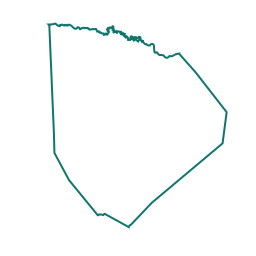 Lunga, Luapula, Zambia (Albers equal-area conic projection), rotated 100°
{"feature_id": "96606910B4218134786212", "entity_name": "Lunga", "entity_type": "district", "adm_level": 2, "iso_a3": "ZMB", "parent_name": "Zambia", "parent_adm1": "Luapula", "projection": "albers", "projection_center": [29.85, -11.571], "detail": "fine", "context": "isolated", "style": "outline", "palette": "teal", "viewbox_px": 256, "rotation_deg": 100, "n_neighbors": 0, "source": "geoboundaries", "source_scale": "gbopen_adm2", "svg_char_len": 5227}
<svg xmlns="http://www.w3.org/2000/svg" viewBox="0 0 256 256"><g transform="rotate(100 128 128)"><path d="M48.0,95.2L49.3,96.5L49.5,96.8L49.8,97.9L50.0,99.7L51.4,100.7L51.9,101.4L52.2,102.4L51.9,103.5L51.3,104.5L50.4,105.5L50.2,107.5L50.7,109.4L50.2,110.8L49.6,111.5L48.5,112.6L48.6,113.5L49.1,114.1L48.9,114.8L47.9,115.4L44.9,116.2L43.6,116.4L42.6,116.8L41.8,117.1L41.1,117.9L41.0,118.4L41.0,119.2L41.6,120.0L42.0,120.3L42.5,120.6L42.9,120.8L43.2,122.3L42.9,123.6L42.5,124.0L42.3,124.5L42.4,125.2L42.3,125.8L42.1,126.4L41.8,126.8L41.2,127.4L41.0,127.7L40.8,128.1L40.8,129.4L40.5,129.6L40.2,129.5L40.0,128.7L39.8,128.4L39.6,128.4L39.6,128.9L39.6,129.8L39.3,130.4L38.9,130.7L38.6,131.1L38.4,131.3L37.9,131.4L37.6,131.2L37.1,131.3L36.7,131.6L36.4,131.9L36.2,132.3L36.2,132.6L36.3,132.9L36.4,133.1L36.7,133.0L37.4,132.6L38.0,132.4L38.6,132.3L38.9,132.2L39.2,131.9L39.3,131.9L39.5,132.0L39.8,132.7L40.4,132.9L41.0,133.0L40.9,133.3L40.7,133.8L40.1,134.7L39.7,135.2L38.9,135.8L38.6,135.8L38.3,135.6L37.9,134.6L37.7,134.6L37.5,134.9L37.3,135.2L37.2,135.6L37.2,136.4L37.3,137.2L37.4,137.6L37.6,137.8L39.1,138.1L39.2,137.9L39.2,137.5L39.4,137.0L39.6,136.8L40.1,136.8L40.5,136.9L40.8,137.2L40.9,137.5L40.6,137.8L40.0,138.2L39.0,138.5L37.7,139.2L37.5,139.5L37.2,140.1L37.2,140.5L37.2,140.8L37.4,141.0L38.0,141.3L38.5,141.2L38.9,139.8L39.1,139.5L39.3,139.5L39.7,139.9L40.4,140.8L41.0,141.2L41.0,141.5L40.4,142.0L40.4,142.3L40.5,142.5L41.0,142.7L41.3,143.0L41.2,143.4L40.9,143.5L40.2,143.4L39.6,143.4L38.9,144.0L37.8,145.5L37.7,145.8L37.8,146.0L38.2,146.0L38.7,145.9L39.0,145.7L39.3,145.7L39.4,146.0L38.2,147.2L38.1,147.4L38.0,148.0L37.8,148.2L37.1,148.1L36.6,147.8L36.2,147.6L35.9,147.5L35.9,148.0L36.3,148.7L36.5,149.1L36.5,149.3L36.4,149.5L36.1,149.5L35.8,149.5L35.6,149.5L35.7,149.9L36.6,149.9L36.9,150.0L37.0,150.3L36.9,150.9L36.9,151.2L36.7,151.4L36.4,151.5L36.2,151.8L35.7,152.2L35.4,152.0L35.4,151.4L35.3,151.0L35.0,150.9L34.8,151.1L34.6,151.3L34.5,151.6L34.5,151.9L34.5,153.3L34.7,154.6L34.6,155.1L34.7,155.3L35.3,155.4L36.0,155.3L36.3,155.5L36.2,155.7L35.9,156.0L35.5,156.0L34.8,156.2L35.1,156.6L35.5,157.0L35.3,157.4L35.0,157.5L34.9,157.6L35.1,157.7L35.1,157.8L35.6,158.0L36.3,158.4L36.4,158.6L36.3,158.9L36.0,159.0L35.2,159.1L34.9,159.3L34.7,159.3L34.5,159.1L34.5,158.9L34.3,158.7L34.1,159.0L33.9,159.4L33.9,160.1L33.5,160.0L33.0,159.5L32.8,159.4L32.5,159.5L32.2,160.1L32.2,160.4L32.4,160.6L32.7,160.7L32.8,160.8L32.6,161.1L32.2,160.9L31.9,160.6L31.1,160.1L30.8,160.0L30.5,160.4L30.5,160.8L30.9,161.0L31.4,161.1L31.8,161.5L32.0,162.7L32.1,163.1L32.3,163.7L32.5,163.8L32.6,163.7L32.9,163.4L33.2,163.4L33.3,163.9L33.3,164.4L33.3,164.6L33.2,164.7L32.9,164.8L33.0,165.1L33.9,165.2L34.1,165.4L34.3,165.5L34.5,165.7L35.0,165.1L35.1,164.4L35.3,164.2L35.5,164.3L35.5,165.2L35.9,165.1L36.0,164.9L36.1,164.3L36.6,163.8L36.6,163.5L36.7,163.4L37.1,163.6L37.2,163.8L37.5,163.9L38.1,164.0L38.4,164.1L38.6,165.0L38.8,165.1L39.0,165.2L39.2,164.5L39.4,164.5L39.5,164.5L39.5,165.5L39.5,166.3L39.4,166.4L39.1,166.1L38.9,166.1L38.9,166.4L39.3,166.6L39.8,166.5L39.8,167.2L39.9,167.4L40.3,167.6L40.4,167.8L40.1,167.9L39.7,168.0L39.4,168.2L39.1,168.4L39.1,168.5L39.3,168.9L39.3,169.4L39.5,169.6L39.5,169.8L39.4,170.3L38.9,171.0L38.8,171.5L39.1,172.0L39.0,172.4L38.8,172.6L38.4,172.6L38.2,172.7L38.2,173.1L38.5,173.5L38.3,173.7L37.9,173.8L37.9,174.0L38.1,174.1L38.3,174.1L38.3,174.3L38.1,174.7L38.3,175.1L38.0,175.3L37.5,175.6L36.8,176.2L36.6,176.3L36.4,176.3L36.1,176.7L36.1,176.8L36.2,177.5L36.5,178.1L36.6,178.7L36.5,178.9L36.5,179.1L36.8,179.5L36.7,179.9L37.2,181.2L37.2,181.4L37.5,182.1L37.6,182.6L37.8,182.9L37.5,183.5L37.4,183.7L37.1,183.9L37.1,184.0L37.1,184.5L36.6,184.7L36.5,185.0L36.5,185.5L36.5,185.8L36.8,186.4L37.0,186.8L36.9,187.4L36.8,187.7L36.8,187.8L37.1,188.1L37.3,188.4L37.3,188.6L37.2,188.9L37.1,189.2L37.2,190.0L37.6,190.5L37.9,191.1L38.2,191.2L38.4,191.5L38.6,192.1L38.8,192.2L39.0,192.2L39.1,192.4L39.0,192.5L38.8,192.5L38.7,192.5L38.3,192.8L37.9,193.3L37.6,194.0L37.4,194.5L37.5,194.8L37.7,195.1L37.8,195.2L37.9,195.3L38.5,195.4L38.6,195.6L39.2,196.1L39.3,196.4L39.2,196.8L39.4,197.2L39.4,197.8L39.1,198.5L38.5,199.6L37.8,200.5L37.3,201.2L36.6,203.0L36.5,203.4L36.6,204.4L36.9,204.8L37.2,204.8L37.3,204.9L37.3,205.1L37.5,205.3L37.4,205.5L37.6,205.8L37.6,206.1L37.4,206.1L37.1,206.3L37.1,206.5L37.2,207.0L37.3,207.0L37.6,206.8L37.7,207.1L37.7,207.3L37.4,207.4L37.4,207.7L37.5,207.8L37.5,208.1L37.6,208.4L38.0,208.7L38.2,208.8L38.1,209.2L37.9,209.3L37.9,209.8L37.8,210.1L37.8,210.5L37.7,210.7L37.9,211.0L38.0,211.3L37.9,211.7L38.0,211.9L38.2,212.4L39.0,212.4L39.2,212.5L39.3,212.8L39.1,213.0L39.6,213.2L39.6,213.3L39.6,213.5L39.2,213.8L39.2,214.1L39.4,214.5L39.1,215.5L37.8,217.6L39.2,221.0L39.8,223.8L39.9,223.6L40.0,223.1L40.3,223.4L40.3,223.5L40.5,223.6L40.6,223.4L40.4,223.2L40.5,223.0L40.8,223.2L41.1,223.2L146.3,200.0L165.4,196.1L189.6,177.0L219.2,142.6L218.9,142.0L218.8,141.8L218.3,141.6L218.3,141.3L218.0,140.9L218.0,140.0L217.9,139.3L217.9,138.6L218.0,137.9L218.1,137.4L217.8,137.1L217.4,136.8L216.9,136.6L216.6,136.0L225.5,110.0L225.1,110.0L224.0,109.6L223.9,109.6L222.4,108.1L197.4,91.5L126.7,32.2L95.3,33.6L61.7,70.8L46.0,90.5L45.8,90.5L46.8,93.2L48.0,95.2Z" fill="none" stroke="#0f766e" stroke-width="2"/></g></svg>